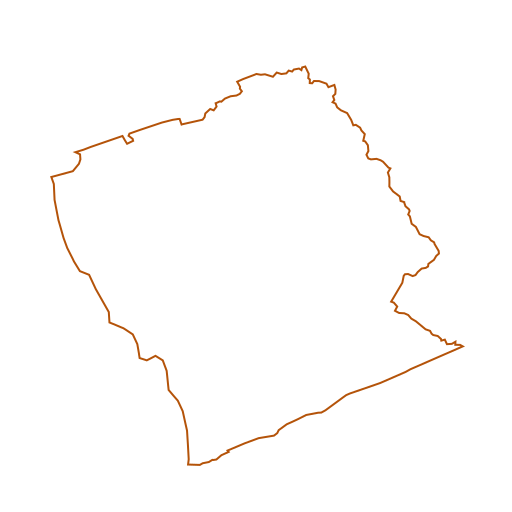 outline of Arecibo, Puerto Rico, rotated 245°
{"feature_id": "32010507B88013752264410", "entity_name": "Arecibo", "entity_type": "district", "adm_level": 2, "iso_a3": "PRI", "parent_name": "Puerto Rico", "parent_adm1": "", "projection": "mercator", "projection_center": [-66.671, 18.404], "detail": "fine", "context": "isolated", "style": "outline", "palette": "amber", "viewbox_px": 512, "rotation_deg": 245, "n_neighbors": 0, "source": "geoboundaries", "source_scale": "gbopen_adm2", "svg_char_len": 3061}
<svg xmlns="http://www.w3.org/2000/svg" viewBox="0 0 512 512"><g transform="rotate(245 256 256)"><path d="M406.9,380.7L407.4,377.5L405.3,375.7L407.7,374.2L409.0,369.1L407.9,366.7L410.2,364.0L408.7,360.7L410.2,355.9L413.5,352.3L411.3,347.1L416.9,340.9L418.2,337.0L420.8,333.3L420.9,330.9L421.8,319.1L421.9,312.6L416.1,313.1L414.5,312.1L411.3,312.8L409.8,309.9L409.7,306.1L411.5,300.5L411.8,294.4L410.5,289.8L411.4,288.6L411.4,285.1L411.5,284.0L410.4,283.8L408.1,283.4L405.9,279.2L408.6,276.6L406.6,270.3L403.6,268.1L402.1,265.2L406.5,245.0L406.6,244.1L412.5,244.7L413.1,243.3L414.6,238.1L415.1,235.6L416.7,227.1L419.3,204.2L420.4,193.0L418.8,191.3L418.5,191.5L414.3,193.7L412.3,193.3L412.2,186.6L416.1,186.1L421.2,185.7L424.7,152.2L425.2,144.7L426.4,136.2L422.5,139.5L417.8,137.7L414.4,134.5L410.3,125.9L410.3,125.7L413.7,106.1L414.1,103.9L406.7,103.2L392.6,97.4L392.2,97.2L381.9,94.6L371.9,92.1L367.9,91.5L356.1,89.6L353.6,89.2L343.0,88.3L340.1,88.4L330.7,88.7L328.1,88.7L316.7,90.0L309.5,96.8L303.8,96.8L293.8,96.8L281.2,97.8L267.4,98.9L257.7,95.1L255.1,97.5L254.5,98.1L248.4,103.6L246.6,105.3L243.9,107.0L237.0,111.2L236.9,111.2L236.4,111.2L226.3,111.2L216.7,108.6L216.2,108.4L212.7,107.4L207.9,112.6L207.6,112.9L207.7,116.7L208.0,122.7L207.7,122.9L200.8,127.4L193.5,126.8L193.1,126.8L192.1,126.7L189.7,126.5L183.9,124.5L177.6,122.3L175.6,121.6L171.5,120.2L164.2,122.2L157.9,124.0L156.6,124.0L146.4,124.0L145.9,123.9L145.0,123.7L133.8,121.2L126.9,119.7L118.0,116.2L113.4,114.4L100.2,109.1L95.7,106.3L90.4,116.8L90.7,120.1L89.2,126.2L89.7,130.3L89.2,131.0L88.3,134.1L90.1,140.5L90.0,148.4L91.7,148.0L91.0,166.7L90.2,176.3L89.8,181.4L85.6,196.4L86.5,200.4L88.6,203.0L90.5,212.8L90.4,218.7L90.4,224.8L90.7,234.3L87.7,246.1L86.5,249.0L86.8,253.7L90.8,273.8L90.9,274.2L91.8,279.0L91.7,283.1L88.6,312.8L88.4,314.9L87.7,342.7L88.1,348.1L86.7,405.2L89.2,403.4L91.3,399.1L94.0,400.5L93.6,396.4L95.4,391.8L100.4,391.8L101.0,388.2L102.6,388.6L106.7,386.9L109.5,383.2L111.4,382.3L114.6,382.1L117.9,378.7L129.3,373.3L133.6,370.3L138.2,369.0L141.4,366.2L143.9,361.6L147.6,358.8L150.5,362.6L155.5,361.2L157.5,359.2L169.9,377.3L175.6,381.5L176.5,383.3L175.4,386.2L171.6,389.5L171.3,392.5L173.1,395.8L174.6,400.8L173.5,404.8L173.8,407.5L176.0,408.9L177.3,415.6L179.9,419.4L180.9,422.8L183.4,423.7L191.4,422.9L193.1,423.2L196.3,421.1L200.0,420.4L203.3,416.3L206.6,413.5L214.8,413.2L219.4,410.7L226.9,412.2L229.3,411.5L231.9,414.3L233.6,414.4L237.9,412.5L241.8,412.9L242.2,413.1L244.8,410.3L249.2,411.4L256.6,407.5L262.6,406.2L266.5,408.1L271.0,410.1L275.9,410.8L278.6,414.8L280.1,413.4L287.7,411.0L290.1,409.4L293.1,406.3L295.0,401.0L297.0,399.0L301.1,398.9L303.6,402.2L309.1,404.2L313.7,403.4L315.1,401.9L320.5,406.1L325.2,404.6L328.3,404.6L332.7,401.9L333.3,399.4L339.1,399.8L347.0,399.0L352.2,394.5L356.4,392.4L360.5,392.5L363.0,390.4L364.3,392.9L368.3,393.3L369.4,396.4L373.2,398.5L377.9,399.3L378.4,393.0L382.4,392.7L387.8,387.2L390.1,382.5L388.8,379.9L390.0,377.8L393.2,379.4L395.1,378.5L398.9,380.8L406.9,380.7Z" fill="none" stroke="#b45309" stroke-width="2"/></g></svg>